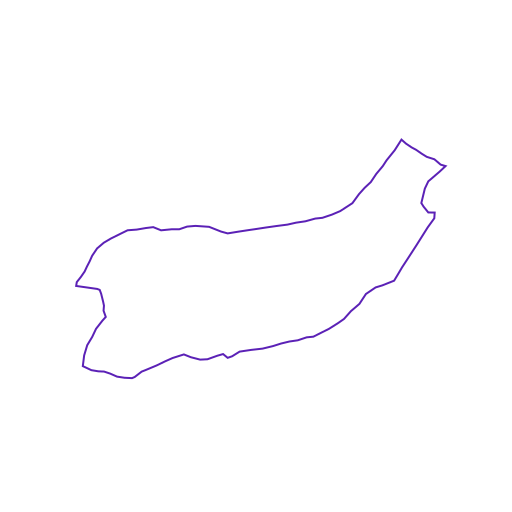 Tyresö, Stockholm, Sweden (Natural Earth projection), rotated 141°
{"feature_id": "70781695B80728861937235", "entity_name": "Tyresö", "entity_type": "district", "adm_level": 2, "iso_a3": "SWE", "parent_name": "Sweden", "parent_adm1": "Stockholm", "projection": "natural_earth1", "projection_center": [18.293, 59.209], "detail": "fine", "context": "isolated", "style": "outline", "palette": "violet", "viewbox_px": 512, "rotation_deg": 141, "n_neighbors": 0, "source": "geoboundaries", "source_scale": "gbopen_adm2", "svg_char_len": 1620}
<svg xmlns="http://www.w3.org/2000/svg" viewBox="0 0 512 512"><g transform="rotate(141 256 256)"><path d="M414.6,345.9L400.1,330.3L398.8,328.0L400.1,324.1L403.5,316.8L405.4,313.1L408.9,309.4L411.1,303.2L416.1,302.4L426.1,300.1L434.2,296.2L443.3,292.9L452.1,286.9L459.9,279.4L458.0,275.5L455.8,270.9L451.1,265.6L446.8,261.8L443.3,256.3L439.9,249.7L434.8,244.1L429.2,239.1L426.4,238.3L417.6,238.1L413.8,236.9L402.2,233.5L392.8,231.3L385.0,229.2L374.0,224.9L370.3,218.3L364.6,210.6L358.7,206.3L348.7,202.8L343.3,200.5L342.1,194.7L337.7,193.1L328.9,192.0L318.9,186.1L309.2,179.9L299.5,175.3L291.6,172.2L283.8,168.5L276.6,164.2L267.8,160.9L262.2,157.2L253.4,155.3L245.3,153.5L234.3,152.2L227.2,151.7L217.0,153.4L205.8,153.7L194.5,157.3L182.8,156.3L176.4,153.7L164.2,149.9L157.3,152.4L149.5,155.3L139.2,158.6L124.5,163.4L104.5,170.2L93.7,173.1L90.1,177.0L89.8,177.3L94.7,181.4L94.7,188.9L94.2,193.1L82.4,202.1L75.1,205.6L60.4,206.0L52.1,206.6L52.3,206.9L55.0,210.8L56.5,218.9L60.9,225.6L62.8,231.1L64.8,237.9L66.7,242.4L68.7,248.9L69.7,254.9L73.6,253.6L81.7,250.9L94.3,248.2L100.8,246.1L110.9,244.1L120.3,241.2L128.7,240.6L136.9,239.3L147.8,236.4L162.3,237.9L171.0,240.4L180.4,243.9L186.4,247.8L195.8,251.9L203.9,256.7L211.8,260.6L221.2,266.4L230.2,271.8L239.6,277.3L245.3,280.7L254.7,286.2L263.8,291.4L267.8,297.0L274.1,308.2L284.1,317.5L291.0,322.2L298.9,325.1L304.5,329.7L313.6,335.7L317.7,343.1L323.9,347.0L332.1,351.6L339.6,356.8L347.5,358.6L357.8,360.9L365.9,362.1L374.7,361.9L383.2,359.3L388.5,356.6L394.2,354.1L398.9,351.8L405.4,349.9L411.7,348.5L414.6,345.9Z" fill="none" stroke="#5b21b6" stroke-width="2"/></g></svg>